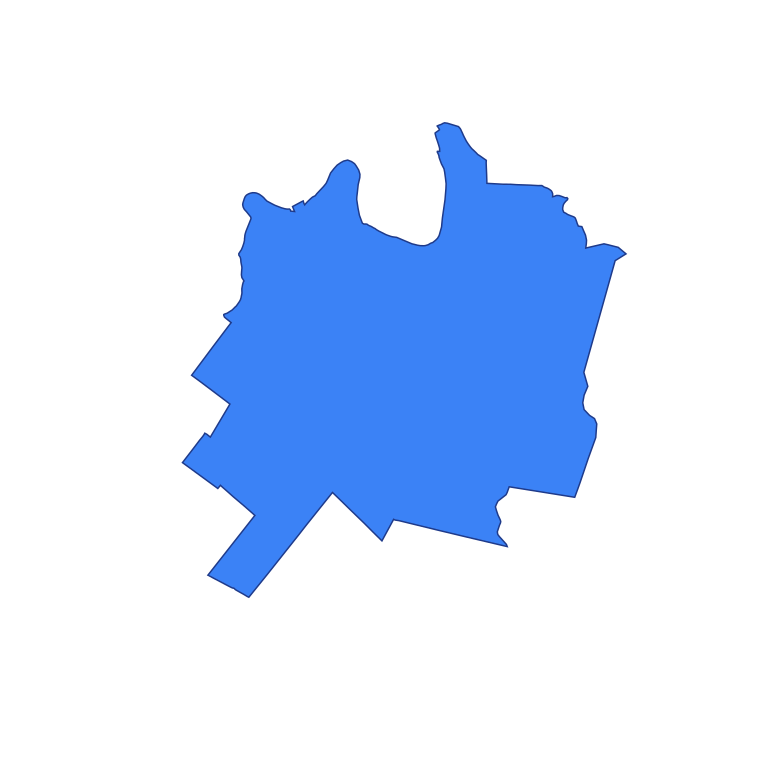 outline of Biliesti, Vrancea, Romania, rotated 35°
{"feature_id": "2599482B7055323115880", "entity_name": "Biliesti", "entity_type": "district", "adm_level": 2, "iso_a3": "ROU", "parent_name": "Romania", "parent_adm1": "Vrancea", "projection": "mercator", "projection_center": [27.326, 45.715], "detail": "fine", "context": "isolated", "style": "filled", "palette": "blue", "viewbox_px": 768, "rotation_deg": 35, "n_neighbors": 0, "source": "geoboundaries", "source_scale": "gbopen_adm2", "svg_char_len": 4586}
<svg xmlns="http://www.w3.org/2000/svg" viewBox="0 0 768 768"><g transform="rotate(35 384 384)"><path d="M507.6,138.6L497.5,137.7L487.5,141.5L483.8,143.0L471.3,156.9L469.2,152.9L467.4,150.0L463.7,146.5L458.5,143.3L455.8,141.6L452.6,143.2L450.2,141.7L448.5,140.4L446.5,139.0L445.3,138.3L443.9,138.2L442.5,138.5L440.6,139.0L438.5,139.5L437.2,139.8L435.4,139.8L432.7,140.2L430.4,138.7L429.3,137.1L428.2,134.6L427.9,132.8L428.1,130.2L428.6,127.8L428.2,126.7L426.9,126.4L426.4,127.0L425.4,127.6L423.6,128.0L421.7,128.5L419.3,129.2L417.1,130.7L415.8,132.7L414.7,133.9L414.0,132.7L412.9,131.3L411.4,130.3L410.3,129.8L409.1,129.7L407.2,129.7L406.2,129.8L405.5,129.9L404.0,130.3L402.7,130.7L402.2,130.8L401.2,130.8L399.5,130.9L396.4,133.1L389.0,137.7L378.4,144.6L372.8,148.0L367.2,151.9L353.2,160.6L347.9,153.5L346.2,151.3L340.8,144.2L339.5,142.1L338.5,142.1L336.6,142.1L335.0,142.1L333.8,142.1L331.2,142.1L330.0,142.2L329.1,142.2L326.7,141.7L323.5,141.2L321.1,140.9L318.8,140.3L314.8,138.9L311.9,137.7L307.9,135.6L305.8,134.4L304.2,133.4L302.4,132.4L300.9,131.5L300.0,131.1L298.7,130.7L297.6,130.5L297.4,130.4L286.4,134.0L283.8,135.3L282.7,136.9L282.0,138.5L281.0,139.8L279.9,141.5L279.6,142.2L280.6,142.5L283.3,143.6L283.6,144.0L283.2,145.3L281.9,149.0L282.3,149.6L285.5,152.3L288.3,154.3L291.6,156.8L294.2,158.9L296.2,161.5L294.3,162.8L294.5,163.4L296.2,164.3L298.0,165.5L299.2,166.8L301.7,168.6L303.3,169.7L304.9,170.8L309.7,173.3L312.2,175.7L315.9,179.7L320.0,184.3L322.7,188.5L328.3,198.1L336.6,214.5L341.1,222.4L344.0,230.7L344.3,233.9L343.8,236.6L342.8,240.1L341.5,241.9L340.3,244.6L338.4,247.0L337.2,248.0L334.3,249.9L331.8,251.1L328.6,252.3L326.6,253.1L318.3,254.9L310.3,256.6L307.4,258.1L306.4,258.6L304.8,259.2L302.0,260.0L300.1,260.5L292.0,261.7L289.2,261.9L287.4,261.8L285.8,262.1L283.8,262.2L282.4,262.4L281.4,262.7L279.9,262.9L278.7,262.8L277.6,263.2L275.8,264.5L274.1,264.7L272.3,263.5L267.1,259.9L262.0,255.0L259.6,252.5L255.8,248.5L254.4,246.3L252.2,242.2L248.5,235.5L245.8,228.8L244.0,226.0L240.6,223.3L236.1,221.3L233.5,220.4L229.9,220.4L225.8,221.4L223.0,224.6L221.6,227.5L220.1,231.5L219.5,236.2L219.2,241.8L220.9,249.3L221.5,252.8L221.2,257.0L219.8,266.7L219.7,269.2L218.2,271.9L217.5,274.7L216.7,278.9L216.3,282.0L216.3,282.7L214.8,282.0L212.8,280.4L211.9,282.0L207.3,291.1L209.6,292.6L211.8,294.0L208.4,295.9L207.4,295.0L206.2,294.9L204.5,296.2L202.3,297.3L198.9,298.5L195.3,299.4L192.0,300.2L188.3,300.7L183.3,301.3L180.9,300.9L178.4,300.3L176.1,300.1L172.9,300.1L170.1,300.7L168.6,301.4L166.7,302.6L165.1,304.3L163.9,306.1L163.0,308.1L162.8,310.0L163.2,312.1L164.5,316.3L165.2,317.9L166.1,318.9L167.4,320.0L169.5,321.1L172.7,321.8L178.9,323.6L179.7,324.2L180.2,324.9L180.5,325.9L183.3,337.9L184.0,340.1L184.7,341.9L185.7,343.6L186.4,345.0L187.2,346.1L188.4,349.0L189.0,351.0L189.5,352.7L190.2,355.9L190.2,357.8L190.3,360.5L191.2,361.7L193.5,362.6L195.0,363.9L196.8,366.1L198.4,367.7L200.1,369.3L201.1,370.5L202.7,373.3L204.6,376.4L206.6,378.4L210.2,379.9L210.3,381.4L210.6,382.1L211.1,383.6L212.3,386.2L212.9,387.5L214.2,389.3L215.2,390.6L215.8,391.6L216.7,393.8L217.3,395.0L217.6,395.9L218.1,397.5L218.2,398.6L218.3,399.8L218.3,404.8L217.9,406.3L217.7,407.5L217.2,410.4L215.7,414.0L214.9,416.0L214.3,416.8L213.2,418.3L212.9,419.0L213.3,419.6L214.9,420.7L216.6,420.9L223.6,421.4L223.4,425.8L222.5,450.9L221.4,487.2L230.8,487.4L250.9,488.1L269.3,488.8L272.2,527.1L267.7,526.8L265.4,527.1L265.6,528.5L265.6,531.1L265.2,536.0L264.8,546.7L264.0,564.0L307.8,564.9L308.1,561.3L308.1,560.8L310.3,561.1L318.4,562.0L325.1,562.8L326.2,562.9L341.4,564.3L342.0,564.4L343.8,564.6L347.5,565.0L349.2,565.2L352.6,565.6L353.6,565.7L349.4,641.6L356.8,640.7L370.9,638.9L374.6,638.4L376.4,638.1L377.4,637.8L377.8,637.5L378.5,637.4L379.0,637.4L379.5,637.6L380.2,637.7L381.5,637.6L384.6,637.3L389.4,636.8L392.2,636.6L393.8,636.5L395.6,636.2L397.6,607.0L399.1,582.3L400.6,557.5L401.3,543.9L404.0,502.4L412.9,503.8L430.6,506.7L447.6,509.4L459.9,511.6L472.3,513.7L469.5,489.3L471.1,489.1L474.5,487.4L511.5,473.0L540.1,461.7L578.2,446.5L576.3,445.2L571.2,444.0L566.0,442.8L563.5,442.0L561.6,440.1L559.7,433.8L559.5,433.0L559.1,431.0L558.5,429.7L557.4,428.8L555.4,427.6L552.7,426.1L548.5,423.0L545.7,420.7L545.0,417.7L544.5,414.6L547.5,404.7L547.3,403.5L547.1,402.2L546.3,399.3L545.5,396.4L605.2,367.4L603.2,359.8L601.1,352.1L598.3,342.5L593.9,327.5L590.1,313.4L588.2,306.4L584.7,300.6L581.2,294.7L576.3,291.6L570.4,291.8L562.6,290.2L557.6,285.4L554.3,278.3L552.3,269.0L541.0,259.8L533.8,239.3L502.6,150.4L505.1,144.5L507.6,138.6Z" fill="#3b82f6" stroke="#1e3a8a" stroke-width="1.5"/></g></svg>